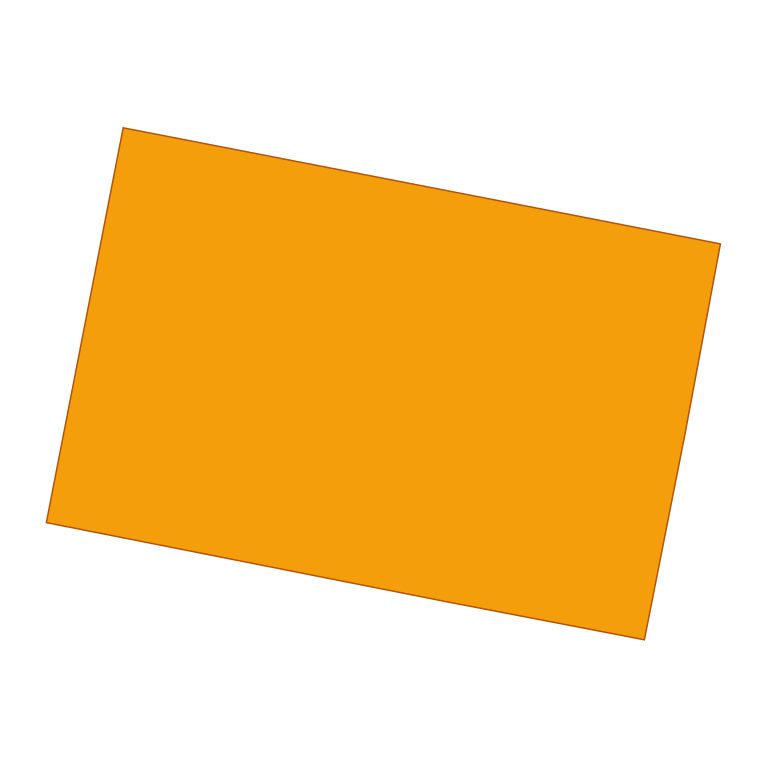 outline of Newaygo, Michigan, United States of America, rotated 281°
{"feature_id": "52423323B33959656168293", "entity_name": "Newaygo", "entity_type": "district", "adm_level": 2, "iso_a3": "USA", "parent_name": "United States of America", "parent_adm1": "Michigan", "projection": "mercator", "projection_center": [-85.798, 43.554], "detail": "fine", "context": "isolated", "style": "filled", "palette": "amber", "viewbox_px": 768, "rotation_deg": 281, "n_neighbors": 0, "source": "geoboundaries", "source_scale": "gbopen_adm2", "svg_char_len": 265}
<svg xmlns="http://www.w3.org/2000/svg" viewBox="0 0 768 768"><g transform="rotate(281 384 384)"><path d="M392.9,689.0L585.7,687.5L585.8,485.2L585.7,79.1L183.5,79.0L182.2,486.0L182.6,688.4L392.9,689.0Z" fill="#f59e0b" stroke="#b45309" stroke-width="1.5"/></g></svg>